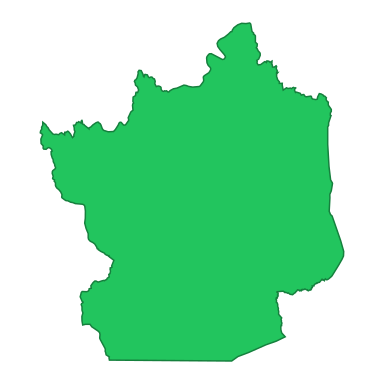 the district of Siem Pang, Stœng Trêng, Cambodia
{"feature_id": "14789045B29647510840066", "entity_name": "Siem Pang", "entity_type": "district", "adm_level": 2, "iso_a3": "KHM", "parent_name": "Cambodia", "parent_adm1": "Stœng Trêng", "projection": "natural_earth1", "projection_center": [106.38, 14.216], "detail": "fine", "context": "isolated", "style": "filled", "palette": "green", "viewbox_px": 384, "rotation_deg": 0, "n_neighbors": 0, "source": "geoboundaries", "source_scale": "gbopen_adm2", "svg_char_len": 5814}
<svg xmlns="http://www.w3.org/2000/svg" viewBox="0 0 384 384"><path d="M331.0,115.6L330.4,115.5L330.3,114.3L330.4,112.9L331.3,111.4L331.3,109.4L328.5,105.4L328.2,104.1L328.3,102.1L327.4,101.6L326.3,100.0L326.0,99.0L326.4,97.8L324.7,96.1L323.6,96.0L323.3,95.2L321.2,94.0L319.3,93.6L317.6,97.1L317.3,99.1L315.8,99.6L312.6,99.0L311.9,98.4L311.4,96.6L310.9,96.1L306.1,96.8L304.9,96.2L303.9,94.6L303.1,94.5L301.3,95.1L300.2,93.3L296.4,92.1L295.5,92.5L294.5,90.1L294.9,88.8L295.7,88.0L295.4,87.8L294.7,88.1L293.6,87.4L292.7,87.7L291.6,88.6L290.4,88.1L288.0,88.5L286.5,87.8L283.2,90.1L282.2,84.9L282.3,83.3L279.3,83.4L279.4,81.9L277.4,79.4L277.3,78.4L276.6,76.6L276.6,74.1L277.9,72.5L276.6,72.6L277.3,70.9L276.2,68.5L276.6,66.4L276.1,65.8L274.3,67.1L272.5,67.0L272.3,64.9L271.5,63.9L271.9,63.4L272.0,61.1L270.0,62.3L268.9,61.2L266.9,60.9L266.4,62.5L265.1,61.6L264.6,61.7L260.7,64.6L258.2,64.9L257.9,64.5L257.0,63.0L257.2,61.2L256.8,60.6L257.1,60.1L258.7,59.1L260.2,55.4L260.2,53.7L259.8,52.6L258.3,51.1L257.1,48.6L256.3,47.8L257.1,46.3L257.3,44.0L255.4,42.2L255.4,35.9L254.6,34.8L253.5,34.3L253.7,33.2L252.0,31.5L250.8,24.5L250.5,23.7L249.7,23.0L245.9,23.6L241.7,23.3L237.8,24.8L234.0,27.6L232.4,30.0L231.9,31.6L230.7,31.8L228.5,34.0L224.5,37.2L220.6,39.0L218.5,40.7L217.1,43.4L217.8,46.5L219.9,49.5L224.1,54.4L225.3,56.3L225.4,57.3L224.0,59.2L222.4,59.5L211.3,53.7L209.4,53.8L208.5,54.6L207.0,56.6L206.6,58.0L207.0,62.8L208.2,65.4L210.3,67.5L210.7,68.6L210.6,69.9L208.9,72.7L204.3,75.7L203.5,76.6L203.3,77.3L203.7,80.3L203.4,81.6L200.2,85.9L199.2,86.5L192.7,87.1L188.5,86.4L186.3,85.5L183.9,85.1L177.0,88.1L173.4,88.8L170.1,90.6L168.9,91.9L168.1,92.0L166.5,90.8L165.7,91.1L164.6,90.8L163.7,91.4L162.4,91.1L161.2,89.6L161.0,87.4L160.5,86.8L159.2,86.2L158.0,86.0L156.3,86.6L154.8,83.7L155.2,81.3L154.4,78.9L153.4,78.7L152.0,77.1L150.9,77.0L149.3,77.7L148.3,76.9L147.4,74.9L145.2,74.4L144.8,74.5L144.0,76.9L143.4,76.2L143.1,74.5L141.2,70.6L139.1,70.3L138.0,71.9L138.2,73.5L137.1,77.8L135.8,79.8L134.8,80.3L134.4,81.6L135.1,82.6L135.5,85.1L137.5,86.9L138.6,90.0L137.6,92.6L136.2,92.2L135.8,92.9L135.5,95.6L133.1,97.1L132.9,101.4L133.6,103.1L132.8,103.9L132.5,105.4L133.0,110.1L130.8,112.0L128.2,117.7L128.7,119.9L128.4,120.8L125.7,124.6L124.9,125.1L123.5,125.0L121.2,122.4L120.1,122.2L119.1,123.0L118.2,125.1L115.4,129.5L113.5,131.5L108.2,131.8L103.5,130.3L102.3,128.7L100.9,124.9L100.1,123.6L99.1,123.1L98.5,122.2L97.7,122.1L96.1,122.7L93.0,124.8L90.8,127.0L88.7,128.0L88.8,128.7L84.3,125.1L84.0,124.5L83.0,124.3L82.6,123.8L82.2,120.9L81.9,120.4L81.2,121.1L81.0,123.0L78.7,121.7L78.2,122.5L76.6,122.5L75.5,124.9L73.5,125.3L74.2,127.7L74.3,130.0L75.0,131.5L73.8,135.0L73.9,136.3L72.5,137.6L70.4,133.9L68.4,131.5L67.6,131.2L65.9,132.5L65.0,132.1L64.7,132.4L64.6,134.9L61.5,132.7L60.0,133.4L58.7,134.7L56.0,134.2L54.4,134.5L52.9,134.0L49.1,129.8L48.1,127.8L46.8,126.5L45.8,124.7L42.8,122.2L42.7,125.3L41.6,127.2L41.7,129.2L40.7,130.7L40.3,132.3L40.4,133.0L41.4,133.3L42.6,134.9L40.9,139.1L41.1,143.5L43.2,145.9L43.1,148.2L43.7,149.1L46.1,149.3L47.5,148.1L48.5,147.6L49.4,147.7L51.1,148.9L51.8,150.0L52.0,151.3L51.1,151.7L51.2,154.6L52.3,158.1L53.1,159.4L53.3,161.8L54.6,164.2L54.7,165.5L55.6,167.7L55.3,168.6L52.8,170.7L52.4,171.4L52.2,173.4L53.2,176.3L52.6,178.4L52.9,179.0L54.5,179.8L54.2,181.2L55.4,182.6L55.5,185.6L55.9,186.6L57.0,188.2L58.7,189.5L60.7,191.9L62.0,194.7L61.7,197.1L62.0,197.8L64.5,199.7L65.9,200.6L67.8,200.8L70.6,202.2L72.8,202.6L75.3,203.6L82.2,204.2L83.2,204.5L84.3,205.3L84.8,206.3L85.4,211.0L85.3,218.3L84.7,223.1L86.1,228.5L88.2,233.6L88.2,237.8L88.6,239.4L90.2,241.2L92.8,242.5L94.7,243.9L96.6,246.9L97.2,248.7L98.1,248.9L98.2,249.6L100.8,251.4L104.5,253.2L105.0,254.1L106.5,255.1L107.6,255.3L108.5,256.2L109.0,255.8L109.5,257.0L113.9,260.3L111.7,265.8L112.0,267.1L110.1,268.1L110.5,268.8L110.1,269.5L110.5,271.1L110.0,273.6L108.8,274.4L109.2,276.8L107.2,278.3L106.8,279.3L104.4,280.7L104.0,280.4L102.5,280.7L98.1,282.1L95.9,281.0L94.7,281.1L93.1,282.6L90.9,285.7L91.2,288.3L89.2,288.7L88.8,290.5L88.2,291.1L86.7,291.7L82.2,291.5L81.3,292.5L80.2,296.8L82.1,301.3L83.0,302.0L83.0,302.6L81.6,303.6L81.2,304.6L82.0,306.6L82.0,310.2L82.9,313.0L81.9,316.4L82.0,320.9L82.7,325.0L85.6,324.3L90.0,324.3L91.8,326.8L98.0,331.0L99.6,332.6L100.0,334.7L99.7,338.0L100.2,339.4L105.3,348.9L105.2,351.4L105.7,352.6L106.1,354.8L109.3,356.9L109.0,357.9L109.4,360.1L231.7,361.0L238.0,356.5L248.6,352.5L265.9,344.8L276.4,341.1L285.2,336.8L281.7,332.9L280.9,329.8L280.8,326.6L280.9,326.1L281.6,325.7L281.2,325.0L281.7,324.3L281.9,323.0L281.4,321.9L281.4,320.4L281.0,319.2L281.7,317.9L278.6,314.3L278.7,311.4L278.2,309.6L278.4,308.5L277.7,306.4L277.7,304.2L277.0,302.6L276.4,302.4L276.5,300.0L276.0,299.3L276.6,298.5L276.2,298.1L276.4,297.7L277.3,297.9L277.5,296.6L278.2,295.9L277.5,295.0L278.2,294.1L278.0,293.0L277.0,292.3L277.1,291.7L283.2,291.2L284.1,291.9L284.6,291.9L284.8,292.5L286.2,292.5L287.7,293.2L288.2,292.9L290.1,294.3L292.6,294.7L294.7,292.9L295.5,292.6L295.8,291.7L296.9,290.9L297.5,289.8L298.4,289.9L299.4,290.8L299.8,290.3L300.3,290.6L301.2,290.0L300.9,290.8L301.2,290.9L302.3,289.9L304.1,289.5L304.3,289.1L305.3,289.1L306.9,290.0L307.4,289.8L307.7,290.5L308.4,290.8L309.8,289.9L310.4,290.1L311.1,289.7L310.9,289.5L311.6,287.8L311.9,288.0L312.3,287.6L312.7,286.4L312.4,286.0L314.0,285.8L313.9,285.3L315.3,283.8L316.9,283.4L316.8,282.9L319.5,282.3L322.0,279.3L322.4,280.0L323.0,279.8L324.1,280.5L324.0,279.8L324.4,279.5L324.8,279.8L325.6,279.0L325.8,279.5L326.9,279.8L328.5,279.0L330.9,277.0L332.0,275.9L338.6,265.2L341.9,259.5L343.5,256.0L343.7,251.4L340.7,240.8L332.1,216.0L330.5,214.5L329.2,211.3L329.9,197.8L329.8,194.4L331.3,190.8L332.5,183.5L332.3,182.8L330.6,179.9L329.0,166.5L327.7,144.4L327.7,126.9L328.6,125.4L328.6,122.8L331.0,115.6Z" fill="#22c55e" stroke="#15803d" stroke-width="1.5"/></svg>